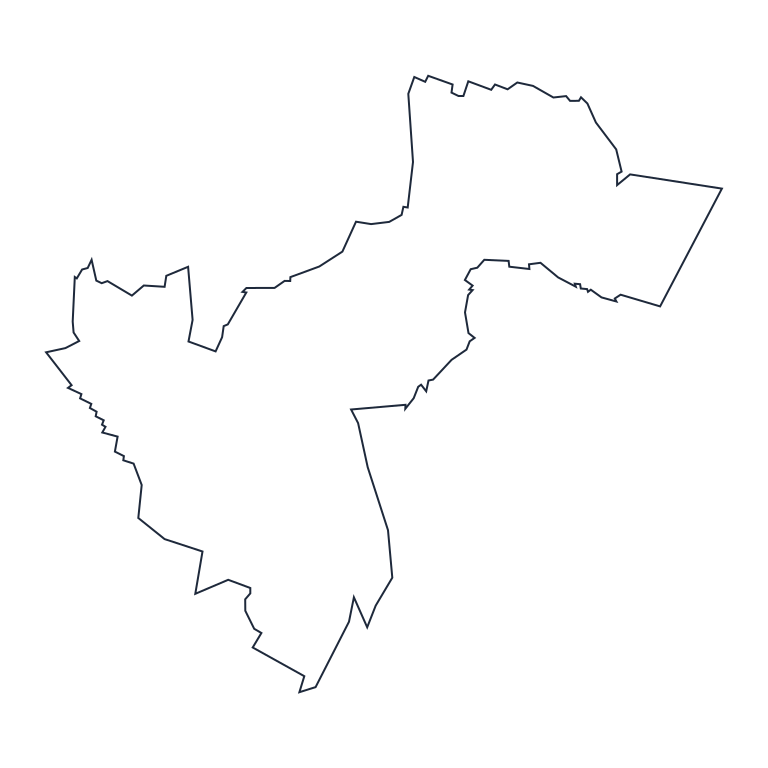 Tlanalapa, Hidalgo, Mexico
{"feature_id": "50627088B50313266532501", "entity_name": "Tlanalapa", "entity_type": "district", "adm_level": 2, "iso_a3": "MEX", "parent_name": "Mexico", "parent_adm1": "Hidalgo", "projection": "robinson", "projection_center": [-98.588, 19.828], "detail": "medium", "context": "isolated", "style": "outline", "palette": "slate", "viewbox_px": 768, "rotation_deg": 0, "n_neighbors": 0, "source": "geoboundaries", "source_scale": "gbopen_adm2", "svg_char_len": 1890}
<svg xmlns="http://www.w3.org/2000/svg" viewBox="0 0 768 768"><path d="M566.1,96.1L553.4,97.5L533.0,85.9L517.3,82.5L507.6,89.3L495.0,84.5L491.2,89.8L468.3,81.3L463.4,96.0L458.5,96.0L451.5,92.6L452.6,84.5L428.2,75.8L425.2,81.8L414.3,77.0L408.3,93.8L413.0,162.0L407.7,207.5L403.4,206.8L401.6,214.9L389.2,221.9L371.1,224.1L356.0,221.7L342.4,251.6L319.3,266.5L290.4,277.1L290.2,281.0L284.6,280.9L274.6,287.9L246.4,288.0L242.5,291.9L246.3,292.5L227.8,324.4L223.7,326.1L222.1,337.2L215.6,351.4L188.5,341.5L192.6,319.9L188.1,266.8L166.3,275.8L164.6,286.8L143.8,285.5L131.9,295.6L107.5,281.1L101.7,283.2L96.3,280.6L91.6,259.8L87.7,268.0L82.1,269.5L76.8,278.4L74.8,277.0L72.7,321.6L73.6,332.5L79.2,341.0L65.4,348.1L46.1,352.3L71.6,385.2L68.0,387.9L81.4,394.1L80.1,398.4L91.3,403.9L89.9,408.0L96.6,411.7L95.7,416.3L103.7,420.3L102.0,424.7L105.5,426.8L102.3,432.5L117.6,436.6L114.9,451.6L123.9,456.1L123.3,460.3L133.6,463.6L141.7,485.0L138.3,518.0L164.6,539.1L202.5,551.5L195.3,593.8L228.2,579.8L250.3,588.0L250.3,593.4L245.2,599.3L245.3,610.8L254.2,628.8L261.4,633.0L252.7,647.5L304.3,676.2L299.4,692.2L315.6,687.1L349.0,621.7L353.9,597.3L367.2,627.3L375.7,605.6L392.3,577.7L388.0,530.2L367.7,467.2L358.1,423.1L351.1,409.5L405.5,404.8L405.3,408.8L413.7,398.2L418.2,386.8L421.1,384.7L426.2,391.3L428.5,380.5L433.1,379.6L451.6,359.8L466.5,349.6L469.7,341.3L474.6,337.9L468.5,333.1L465.0,312.4L468.1,295.1L472.6,290.1L469.2,289.6L472.6,285.6L464.9,280.0L470.7,269.2L477.3,267.7L484.3,259.8L508.6,260.9L509.3,266.7L529.4,269.0L529.0,264.3L540.5,262.8L558.1,277.4L575.8,286.7L574.8,283.7L580.1,284.2L580.8,288.5L587.1,289.1L588.0,291.8L590.8,289.7L601.5,297.4L616.4,301.5L614.8,298.5L620.6,294.7L660.1,306.4L721.9,188.6L630.1,174.4L617.1,185.1L617.1,174.2L621.6,171.6L616.2,149.4L595.9,122.5L587.4,103.5L581.0,97.3L578.9,100.8L570.1,100.9L566.1,96.1Z" fill="none" stroke="#1e293b" stroke-width="2"/></svg>